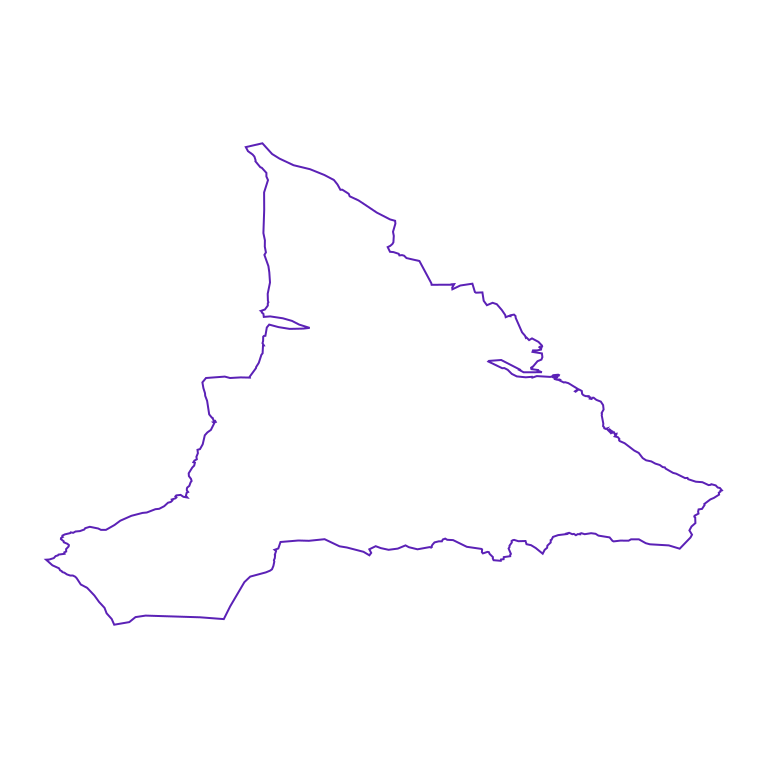 outline of Drammen nor, Buskerud, Norway
{"feature_id": "86288312B37235196254679", "entity_name": "Drammen nor", "entity_type": "district", "adm_level": 2, "iso_a3": "NOR", "parent_name": "Norway", "parent_adm1": "Buskerud", "projection": "natural_earth1", "projection_center": [10.161, 59.728], "detail": "fine", "context": "isolated", "style": "outline", "palette": "violet", "viewbox_px": 768, "rotation_deg": 0, "n_neighbors": 0, "source": "geoboundaries", "source_scale": "gbopen_adm2", "svg_char_len": 6070}
<svg xmlns="http://www.w3.org/2000/svg" viewBox="0 0 768 768"><path d="M715.7,485.4L711.3,484.2L710.6,484.3L711.2,484.4L710.7,484.8L708.6,485.1L702.4,482.2L695.8,481.7L688.2,479.2L687.5,477.9L685.1,478.1L676.2,473.7L673.1,472.9L665.6,468.6L664.9,467.4L662.7,467.1L659.8,465.0L655.3,463.6L651.3,461.4L646.1,460.3L642.7,458.1L638.7,452.9L634.3,450.6L624.6,443.2L619.6,441.0L619.0,440.0L619.4,439.0L617.9,437.2L614.8,436.4L616.3,434.7L616.5,433.8L614.8,434.2L614.1,432.4L612.2,432.8L613.3,431.2L612.3,431.7L608.9,428.8L612.2,432.0L611.0,433.1L606.8,428.9L607.2,428.4L605.7,428.9L604.3,428.3L604.3,427.5L603.1,426.2L603.3,423.6L601.7,415.2L602.0,414.0L601.6,413.1L603.6,409.5L603.1,405.1L600.8,401.6L596.4,399.9L593.6,397.7L592.3,397.8L591.6,399.0L589.7,398.6L590.1,397.3L588.2,396.6L588.4,396.1L585.6,396.1L583.4,395.2L582.1,393.8L581.8,391.0L579.3,389.6L578.2,389.7L575.6,391.7L575.0,391.3L578.1,389.1L568.3,383.1L565.0,382.2L563.9,382.5L559.3,380.3L560.0,379.7L559.6,379.5L557.3,379.8L554.9,379.1L555.1,378.6L554.2,377.9L557.2,377.5L557.2,377.0L553.7,377.6L552.2,376.9L558.7,375.7L559.0,375.1L558.2,374.7L553.2,375.2L552.7,375.7L553.2,376.0L552.9,376.4L550.1,376.9L536.8,376.1L532.3,377.6L532.0,376.8L525.7,377.3L516.8,376.4L511.8,373.9L507.7,369.8L504.4,368.1L502.2,368.2L488.3,361.5L488.9,360.9L501.2,360.0L519.7,369.5L519.2,369.9L523.7,372.3L541.9,372.2L537.7,370.6L537.9,370.0L531.9,369.2L532.1,368.5L531.2,368.5L531.1,367.7L533.3,366.2L537.5,361.2L541.4,359.6L542.4,357.1L541.9,353.4L532.5,351.9L533.0,350.4L537.1,350.4L541.0,349.6L541.2,348.8L538.7,346.6L540.7,347.5L541.6,347.3L542.1,346.4L541.5,345.8L541.8,345.4L538.5,341.9L532.0,338.4L529.1,340.1L526.5,337.5L525.9,337.9L525.0,335.7L522.1,332.4L515.7,317.9L515.5,316.0L514.0,314.6L510.4,315.3L510.5,316.2L508.7,316.0L505.7,317.2L505.2,315.0L501.8,310.0L496.8,304.2L492.6,302.8L486.9,305.2L483.7,300.8L482.4,292.4L476.0,292.7L474.9,292.0L472.4,283.7L460.3,285.5L452.4,289.3L452.2,287.6L454.2,284.1L451.5,284.3L451.5,284.7L431.6,284.8L431.3,283.2L419.4,261.0L406.5,258.1L404.1,255.7L402.0,255.1L399.4,255.4L398.7,253.8L393.5,252.1L390.0,251.8L387.7,247.1L390.2,245.9L392.4,244.0L393.4,242.3L393.8,235.9L393.0,231.8L395.4,223.6L395.1,220.8L390.0,219.4L376.8,212.6L358.5,200.4L349.7,196.3L348.7,193.8L342.3,189.7L340.4,189.8L337.5,184.5L333.9,180.0L324.4,175.0L310.0,169.2L293.5,165.2L279.5,158.6L272.1,154.0L262.4,143.3L245.8,147.1L248.0,151.2L252.6,154.5L254.4,156.6L255.6,160.3L255.4,161.3L260.3,167.2L261.8,167.8L266.4,172.9L266.4,176.5L268.0,180.1L264.1,192.4L264.2,209.8L263.4,233.1L264.9,240.3L264.8,246.6L265.9,252.4L264.4,254.9L268.4,266.1L269.3,272.3L270.0,282.5L267.7,293.8L267.9,300.7L268.4,302.3L267.8,303.2L267.8,305.6L264.9,309.5L260.9,310.9L261.8,311.5L261.8,312.5L263.4,313.8L263.8,316.9L270.2,316.4L282.9,318.3L292.0,320.9L299.2,324.6L309.7,327.9L303.3,328.6L289.7,328.9L278.5,327.1L269.2,324.6L266.8,327.5L265.4,335.8L264.0,335.9L263.2,336.7L263.1,341.0L262.5,343.2L263.9,345.5L263.0,345.6L262.6,353.3L261.4,354.8L258.8,362.8L256.1,367.1L256.0,368.1L249.7,376.7L249.9,377.6L240.6,377.4L230.0,378.0L224.8,376.6L206.0,378.0L202.4,382.4L203.4,388.1L205.0,393.2L205.2,395.8L207.1,400.8L209.2,414.4L212.0,417.8L212.6,417.9L213.8,421.0L215.1,420.8L215.7,421.9L213.3,422.3L214.3,423.1L210.9,429.9L207.4,432.4L204.8,435.3L202.7,444.3L200.0,449.1L197.5,449.8L197.9,453.2L196.4,456.8L196.8,459.3L194.4,460.6L193.4,462.2L194.9,462.7L194.2,465.6L192.3,467.5L188.7,473.3L188.9,476.1L191.0,478.9L191.6,481.0L190.6,482.3L189.3,485.9L187.2,487.6L186.8,489.0L186.9,490.5L188.1,492.0L186.7,492.7L185.9,495.8L187.3,497.5L183.4,496.8L180.6,494.9L176.3,495.4L175.4,496.4L176.4,497.4L175.5,498.3L171.8,499.5L172.4,500.5L170.7,502.0L168.0,502.7L164.2,506.2L159.2,508.8L155.4,509.2L146.8,512.5L142.6,512.9L131.4,515.8L120.3,520.7L114.5,525.0L105.9,529.9L101.0,529.9L98.2,528.5L89.8,526.8L85.2,528.2L84.3,529.5L79.9,531.1L75.5,531.5L73.2,532.8L70.7,532.4L70.2,533.1L64.8,534.4L62.4,535.6L62.2,536.8L62.6,537.1L61.0,538.1L60.9,539.1L63.7,541.3L63.8,542.3L67.4,543.8L68.9,545.1L68.6,546.5L66.1,549.1L66.2,551.5L64.3,552.4L64.6,553.8L58.5,554.6L57.9,555.4L55.6,556.1L53.8,558.1L49.3,559.5L46.1,559.7L52.4,565.3L59.0,568.3L60.1,570.3L61.7,571.1L62.4,572.1L64.4,572.7L66.9,574.4L70.1,575.5L72.8,575.5L75.2,576.7L76.6,578.1L80.8,584.5L87.2,587.9L94.4,595.5L99.1,602.0L104.5,607.8L106.6,613.3L111.7,619.0L114.2,624.7L129.3,622.1L135.5,617.1L145.6,615.6L200.1,617.3L223.8,619.1L230.2,606.3L244.4,582.1L250.2,576.6L265.8,572.4L270.0,570.7L272.0,569.3L273.4,565.9L274.3,561.6L273.9,560.2L274.8,558.2L275.1,555.1L274.8,554.8L276.1,551.0L274.6,549.8L278.3,548.5L280.5,542.0L298.4,540.5L308.9,540.8L324.6,539.2L339.5,546.3L346.9,547.5L363.5,551.8L369.4,555.3L371.2,552.9L369.3,549.3L375.7,546.2L380.8,548.1L388.6,549.8L397.8,548.6L405.5,545.4L408.9,547.2L417.5,549.3L429.6,547.1L431.1,547.6L431.8,547.0L431.5,546.5L432.4,544.8L434.5,542.4L438.9,541.3L441.9,541.3L442.8,539.5L445.2,538.6L447.2,539.8L453.1,540.1L466.8,546.8L481.3,548.9L482.1,549.4L481.9,552.2L482.9,553.4L487.4,551.9L488.8,552.1L489.7,554.0L492.9,557.1L492.8,558.5L493.6,560.2L500.8,560.8L501.0,559.5L503.6,559.2L503.8,557.1L510.2,556.2L510.2,554.9L510.9,553.9L508.6,548.5L509.5,547.1L509.5,545.7L511.8,542.5L511.6,541.0L512.6,540.3L514.1,539.9L518.4,541.2L525.5,541.0L526.5,544.2L531.1,545.2L535.7,548.0L542.7,553.7L544.7,549.8L547.1,547.8L547.4,545.6L550.7,542.5L550.7,540.1L551.5,539.8L553.0,536.9L558.2,535.1L567.3,534.0L567.6,533.8L567.0,533.4L569.1,532.8L572.3,534.2L573.9,533.9L575.9,535.2L577.8,534.1L580.2,534.3L580.2,533.6L581.4,533.2L584.7,534.2L591.1,533.2L595.6,533.8L598.4,535.6L609.6,537.4L612.5,540.9L613.7,541.4L620.4,540.6L628.6,540.7L631.1,539.3L638.8,539.3L645.8,543.2L649.9,544.3L668.8,545.4L679.7,548.7L690.5,537.5L692.0,534.7L689.4,530.4L691.5,526.5L695.4,523.1L695.2,517.5L694.3,516.7L694.6,515.7L698.5,513.6L698.1,511.6L698.6,509.4L702.0,508.9L704.6,505.0L704.3,504.0L710.4,499.4L713.9,497.9L719.1,494.6L718.8,492.7L720.3,491.7L720.3,491.0L721.9,490.4L719.9,488.0L717.7,487.5L715.7,485.4Z" fill="none" stroke="#5b21b6" stroke-width="2"/></svg>